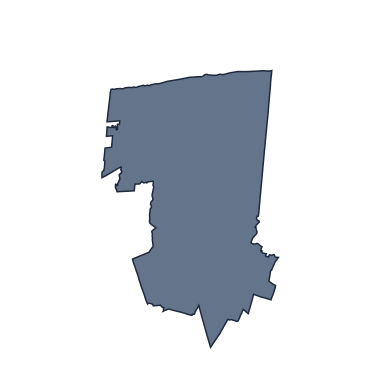 Hoa Binh, Bạc Liêu, Vietnam (Natural Earth projection), rotated 199°
{"feature_id": "81297802B62740202990840", "entity_name": "Hoa Binh", "entity_type": "district", "adm_level": 2, "iso_a3": "VNM", "parent_name": "Vietnam", "parent_adm1": "Bạc Liêu", "projection": "natural_earth1", "projection_center": [105.623, 9.258], "detail": "fine", "context": "isolated", "style": "filled", "palette": "slate", "viewbox_px": 384, "rotation_deg": 199, "n_neighbors": 0, "source": "geoboundaries", "source_scale": "gbopen_adm2", "svg_char_len": 5873}
<svg xmlns="http://www.w3.org/2000/svg" viewBox="0 0 384 384"><g transform="rotate(199 192 192)"><path d="M262.8,167.8L262.3,168.1L247.0,174.3L248.5,180.8L246.1,181.8L244.3,182.5L244.0,182.8L243.0,185.5L241.0,184.9L240.3,185.0L239.8,185.3L238.9,186.0L238.4,186.1L237.8,185.9L237.7,185.9L237.0,187.0L236.8,187.3L236.3,187.6L232.7,189.3L232.2,189.4L232.0,189.2L231.5,188.0L231.3,186.1L230.8,185.3L230.4,184.9L229.9,184.4L229.7,183.9L229.6,183.2L229.5,181.7L229.3,180.9L229.2,179.2L228.9,178.2L229.0,177.2L228.9,176.8L228.6,176.1L228.3,175.0L228.2,174.7L227.3,173.9L227.1,173.7L226.7,172.3L226.5,171.5L226.6,171.3L226.9,170.6L227.3,169.9L227.5,169.4L227.5,169.0L227.3,168.1L227.4,167.6L227.3,167.2L227.1,166.8L225.9,165.5L225.6,165.1L225.5,164.7L225.4,163.7L225.5,163.4L225.9,163.1L225.9,161.2L225.4,160.5L225.3,160.1L225.2,159.2L224.9,157.3L224.3,155.6L223.6,153.9L222.6,150.3L222.0,149.2L221.7,148.8L220.2,148.2L214.5,146.3L215.0,145.6L215.3,144.8L216.2,143.8L216.5,143.2L217.0,142.5L217.1,142.0L217.2,141.6L216.8,140.8L215.9,139.7L215.8,139.2L215.5,137.9L215.3,137.4L214.5,135.7L214.2,135.0L214.1,134.0L212.7,131.5L212.2,130.2L211.4,128.9L211.2,128.0L211.3,127.1L211.8,125.7L213.1,121.0L225.6,110.0L226.4,109.2L224.2,105.9L221.6,102.8L218.8,99.0L215.8,95.3L213.0,91.2L212.3,90.2L211.8,89.7L209.3,86.2L204.0,79.7L201.6,76.4L200.3,74.7L198.7,72.8L197.6,71.7L197.5,72.0L197.1,72.3L196.5,72.7L195.8,73.0L194.4,73.1L193.5,73.1L192.8,72.9L192.4,72.8L192.1,72.4L191.7,71.8L191.1,71.9L189.5,72.8L188.0,73.2L187.3,73.7L186.3,74.0L185.1,74.5L184.9,74.7L183.6,73.9L182.7,73.4L182.1,73.3L181.0,73.4L180.9,73.1L181.0,72.5L180.9,72.2L180.4,71.0L180.3,70.7L180.4,69.9L178.1,72.0L176.2,73.7L166.9,74.4L163.9,74.7L160.8,74.9L155.2,75.0L152.7,75.2L151.9,75.4L151.7,75.7L151.9,76.0L151.9,76.4L151.7,76.6L150.6,76.9L150.3,77.0L150.0,77.4L150.0,77.6L149.9,78.2L150.0,79.0L150.0,79.5L149.6,81.5L149.6,82.3L149.1,83.8L149.0,84.0L149.0,84.6L148.7,87.0L146.6,83.9L145.8,82.7L140.6,75.0L137.8,71.1L130.8,60.8L129.5,59.1L123.9,51.2L120.5,64.0L119.7,66.5L119.6,67.0L119.4,67.3L119.5,67.8L119.2,69.6L118.5,73.0L118.4,74.1L117.3,79.7L116.7,83.1L116.5,83.4L115.5,83.2L115.1,83.1L114.8,83.2L114.4,83.4L113.5,84.1L112.8,84.3L112.4,84.3L111.4,84.1L109.2,84.3L108.3,84.2L108.0,84.2L106.9,84.6L106.5,85.3L106.3,85.6L105.9,92.0L105.6,93.3L105.5,96.2L105.2,97.8L103.9,97.2L99.2,95.3L100.1,111.3L100.5,115.2L98.3,115.3L92.8,115.2L87.4,115.6L82.2,115.8L82.2,117.9L82.0,122.5L82.1,127.8L82.1,128.7L82.5,128.8L82.5,130.7L85.7,131.3L88.0,132.1L90.2,132.5L91.6,140.7L92.0,142.3L91.9,142.7L91.6,143.8L91.3,144.1L91.2,146.5L90.6,153.4L89.8,155.4L89.0,158.3L89.4,158.2L91.2,157.7L92.0,157.7L92.6,158.1L93.6,159.2L93.9,159.4L94.3,159.4L94.6,159.3L95.5,158.5L96.6,157.8L97.0,157.8L98.1,158.0L98.2,157.9L98.3,156.8L98.3,156.7L98.5,156.7L98.6,155.4L99.5,155.3L101.5,155.4L101.7,155.6L101.7,156.1L101.7,157.8L103.9,157.5L104.7,157.3L105.1,157.3L106.1,157.7L106.4,157.8L106.5,157.9L106.6,159.1L107.0,159.2L107.3,158.7L107.9,158.7L108.1,158.8L108.2,159.1L108.1,161.1L108.0,163.0L110.0,163.5L112.5,164.5L113.1,164.6L113.5,164.6L113.9,164.5L114.6,163.8L115.3,163.4L116.0,163.1L116.6,162.9L117.2,162.9L117.8,162.9L118.9,162.9L119.3,163.0L119.6,163.1L119.7,163.8L119.8,165.1L119.7,166.1L119.6,167.9L119.5,168.5L119.1,169.6L117.5,173.3L117.3,174.1L117.3,174.4L117.5,175.1L117.8,175.8L118.2,176.4L119.3,177.8L119.5,178.1L119.9,179.2L120.0,179.3L120.6,179.2L120.8,179.2L121.0,179.2L121.0,179.4L120.5,180.4L120.4,181.6L120.2,182.0L119.5,183.7L118.7,185.2L118.6,185.6L118.8,186.0L119.2,186.4L121.0,186.7L121.6,187.0L122.3,187.8L122.5,188.3L122.5,190.4L121.4,190.8L121.7,192.4L137.4,256.4L145.8,291.5L150.4,309.6L152.2,317.1L153.4,321.3L154.6,326.5L156.1,332.8L156.6,332.4L159.5,331.1L163.6,330.0L166.5,328.9L169.8,327.5L175.4,325.3L179.2,323.7L187.9,320.8L191.3,319.0L196.4,316.1L199.0,314.2L201.3,313.0L202.5,312.7L203.6,312.6L204.6,312.0L206.7,310.4L209.5,309.4L213.8,308.2L214.9,308.1L215.7,308.2L216.9,307.8L218.3,306.9L219.0,305.5L219.5,304.7L220.8,304.1L223.8,303.0L228.5,300.9L231.2,299.9L240.8,294.3L251.0,288.8L256.7,284.8L258.9,283.4L262.4,282.0L263.8,281.1L264.9,280.6L265.9,279.9L266.9,278.6L267.4,278.5L268.0,278.7L268.7,278.6L271.1,277.0L271.4,276.8L271.8,276.8L272.2,277.2L272.6,277.1L273.1,276.8L275.4,275.2L277.2,274.3L277.6,273.8L278.0,273.2L278.6,272.9L279.7,272.5L280.5,272.5L281.6,272.1L282.4,271.4L285.9,270.3L289.2,268.7L290.9,267.1L291.8,266.7L292.5,266.7L293.4,266.5L297.2,264.9L298.9,263.8L299.9,263.5L300.6,263.5L302.0,262.7L301.8,262.0L301.8,260.4L301.7,259.8L300.6,255.2L297.1,239.0L295.2,230.7L283.5,235.7L282.6,232.6L284.4,231.8L284.6,231.6L282.9,227.4L282.8,226.9L282.9,226.7L283.5,226.3L283.7,226.2L283.9,226.2L285.0,228.6L285.3,229.0L285.7,229.3L286.0,229.4L286.3,229.1L286.3,227.9L286.5,227.6L287.3,227.4L287.6,227.5L287.9,227.8L288.3,229.0L288.9,228.9L289.1,228.8L289.2,228.7L288.8,227.2L288.8,226.9L292.0,225.9L292.3,225.8L292.4,226.2L293.4,225.8L292.4,222.1L291.0,216.8L285.4,219.3L284.2,214.6L282.6,208.2L288.5,205.2L286.7,197.9L286.0,194.6L285.6,193.1L284.6,193.0L284.4,192.9L282.5,185.3L282.7,184.7L282.6,184.4L282.5,183.9L282.5,183.5L282.5,183.3L283.1,182.6L283.4,181.7L283.4,181.2L282.5,178.1L281.8,176.2L279.1,179.0L277.0,181.4L273.8,185.2L267.4,192.7L266.9,192.2L266.9,191.5L266.8,191.1L266.6,190.5L266.5,189.7L266.2,189.4L265.5,189.1L265.2,188.6L265.1,188.0L265.4,187.2L265.2,186.4L265.3,186.1L265.6,185.8L266.2,185.4L266.3,185.2L266.4,184.7L266.2,184.0L265.7,183.2L265.6,182.7L265.0,182.1L264.9,181.7L264.7,181.1L264.3,180.5L264.3,180.3L264.7,179.9L264.6,179.0L264.8,178.5L264.6,177.8L264.8,177.2L265.0,175.9L265.0,175.5L264.7,174.4L264.7,173.9L265.1,173.5L265.3,173.5L265.5,173.5L265.9,174.3L266.2,174.5L266.5,174.6L266.8,174.5L266.8,174.3L266.5,173.5L266.1,172.0L266.0,171.6L265.6,171.0L264.3,169.7L263.1,168.1L262.8,167.8Z" fill="#64748b" stroke="#1e293b" stroke-width="1.5"/></g></svg>